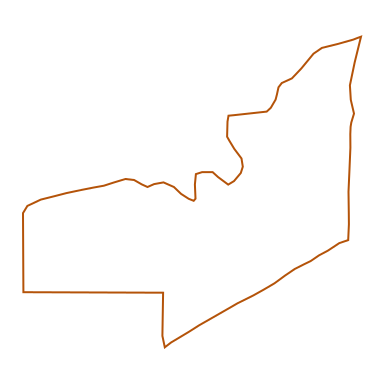 the district of Kampong Cham, Kâmpóng Cham, Cambodia
{"feature_id": "14789045B1741124947579", "entity_name": "Kampong Cham", "entity_type": "district", "adm_level": 2, "iso_a3": "KHM", "parent_name": "Cambodia", "parent_adm1": "Kâmpóng Cham", "projection": "natural_earth1", "projection_center": [105.447, 11.989], "detail": "fine", "context": "isolated", "style": "outline", "palette": "amber", "viewbox_px": 384, "rotation_deg": 0, "n_neighbors": 0, "source": "geoboundaries", "source_scale": "gbopen_adm2", "svg_char_len": 1112}
<svg xmlns="http://www.w3.org/2000/svg" viewBox="0 0 384 384"><path d="M348.2,240.1L348.9,224.3L348.8,213.3L348.5,191.7L349.5,169.0L350.4,147.8L350.3,134.1L350.6,126.8L351.3,122.5L354.0,113.6L350.8,99.9L349.9,85.3L354.7,62.3L361.0,36.7L357.1,38.1L353.3,39.6L337.3,44.1L321.9,47.9L313.5,53.7L301.3,68.5L291.9,78.4L281.8,83.0L278.5,87.3L276.9,94.6L275.6,99.6L270.8,107.8L266.7,111.6L233.7,115.2L228.5,115.7L227.5,121.6L227.1,136.7L229.4,140.8L234.3,148.9L241.5,158.5L242.8,166.7L240.8,173.0L234.0,181.1L228.2,184.6L218.1,177.1L212.6,172.1L202.2,172.1L195.9,174.1L194.9,184.5L195.5,198.7L193.7,200.8L188.7,198.8L181.1,193.9L173.9,187.0L163.5,182.4L154.1,184.1L147.5,187.0L141.8,184.4L134.1,180.0L125.4,179.0L113.5,182.6L103.9,185.7L93.3,187.6L81.1,190.0L66.4,193.1L54.4,196.2L40.8,199.6L27.4,205.9L23.0,213.1L23.4,292.2L163.1,292.7L162.4,335.9L164.8,347.3L171.2,342.4L188.6,332.0L199.3,325.2L223.8,311.2L237.5,303.3L253.4,295.4L263.6,289.7L274.5,283.3L285.0,275.6L294.7,269.0L304.0,264.3L307.5,262.6L310.6,261.1L319.1,255.3L327.8,250.7L339.3,243.1L348.2,240.1Z" fill="none" stroke="#b45309" stroke-width="2"/></svg>